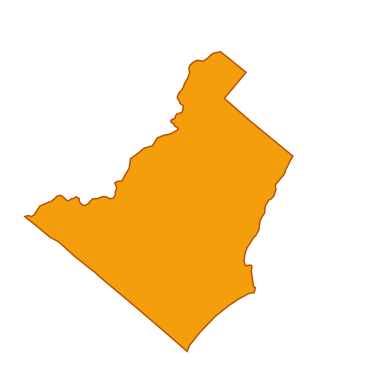 the district of Del Norte, California, United States of America, rotated 220°
{"feature_id": "52423323B27137211377014", "entity_name": "Del Norte", "entity_type": "district", "adm_level": 2, "iso_a3": "USA", "parent_name": "United States of America", "parent_adm1": "California", "projection": "mercator", "projection_center": [-123.792, 41.691], "detail": "fine", "context": "isolated", "style": "filled", "palette": "amber", "viewbox_px": 384, "rotation_deg": 220, "n_neighbors": 0, "source": "geoboundaries", "source_scale": "gbopen_adm2", "svg_char_len": 1995}
<svg xmlns="http://www.w3.org/2000/svg" viewBox="0 0 384 384"><g transform="rotate(220 192 192)"><path d="M93.2,66.7L95.3,72.9L95.7,90.2L94.2,111.8L90.8,128.9L87.4,140.2L83.1,151.0L79.7,154.8L81.9,159.5L83.9,159.2L84.7,159.7L95.6,169.4L98.3,173.6L99.5,173.9L101.2,172.6L103.6,170.0L107.5,172.2L110.7,176.9L112.8,181.3L114.0,184.8L115.5,197.2L115.2,200.1L116.4,206.0L121.0,212.9L122.3,217.6L122.8,222.5L126.9,228.3L128.0,235.3L126.8,238.1L126.8,241.8L129.5,248.2L132.7,250.6L132.8,265.4L134.5,269.3L137.5,282.0L137.7,284.3L192.4,283.8L227.4,284.5L227.5,318.4L260.6,317.8L261.5,316.1L262.4,315.1L265.2,311.3L266.2,303.9L267.4,299.6L272.9,296.0L274.6,291.7L275.1,287.9L273.8,284.7L270.6,282.1L268.5,276.6L267.7,271.8L267.2,269.6L265.9,266.2L265.3,263.6L265.5,261.9L265.8,261.1L265.8,260.2L265.5,259.3L265.1,258.2L265.0,257.2L264.3,255.3L262.9,254.0L262.1,254.3L259.8,253.2L258.5,252.8L258.1,252.2L257.0,252.2L254.1,252.4L252.0,249.3L250.9,246.6L252.4,244.1L253.8,241.7L253.4,239.1L252.5,237.5L253.2,235.2L254.0,235.0L254.0,233.2L253.9,232.5L251.9,232.0L249.4,232.5L248.2,231.3L246.1,231.6L245.1,232.3L243.3,231.5L243.2,229.6L244.3,226.5L245.4,223.7L247.4,220.4L249.6,218.1L253.4,211.1L252.0,201.9L256.8,194.9L258.2,187.3L260.5,178.0L255.4,169.7L254.2,162.2L252.8,155.1L256.1,152.1L256.9,149.3L255.2,148.3L252.1,146.7L250.9,142.7L249.1,140.9L248.2,137.6L250.1,134.3L255.4,132.7L257.7,130.8L260.2,126.1L263.8,122.8L263.9,118.6L264.1,116.0L264.8,114.2L266.2,111.9L267.9,111.8L270.7,111.8L272.4,112.6L274.4,114.5L277.9,113.8L278.2,111.5L280.1,109.2L280.6,106.3L282.5,105.0L286.9,105.4L290.7,105.0L292.7,101.9L293.0,98.5L293.9,94.2L295.8,91.1L297.7,87.2L299.5,83.6L299.0,79.5L298.8,76.5L298.1,73.2L299.1,70.0L302.0,68.9L303.8,66.6L304.3,65.7L302.0,65.6L293.7,66.0L271.8,66.1L262.0,68.1L242.4,67.4L240.3,67.3L221.7,67.7L214.2,68.1L211.9,67.9L211.7,67.9L208.0,67.7L157.2,67.7L131.2,67.4L130.9,67.3L127.1,67.4L126.9,67.3L119.2,67.3L93.2,66.7Z" fill="#f59e0b" stroke="#b45309" stroke-width="1.5"/></g></svg>